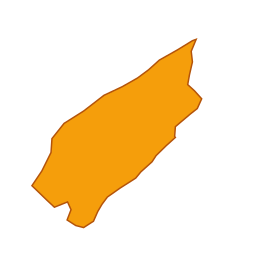 Trelleborg, Skåne, Sweden (Equal Earth projection), rotated 138°
{"feature_id": "70781695B21975001691252", "entity_name": "Trelleborg", "entity_type": "district", "adm_level": 2, "iso_a3": "SWE", "parent_name": "Sweden", "parent_adm1": "Skåne", "projection": "equal_earth", "projection_center": [13.27, 55.427], "detail": "fine", "context": "isolated", "style": "filled", "palette": "amber", "viewbox_px": 256, "rotation_deg": 138, "n_neighbors": 0, "source": "geoboundaries", "source_scale": "gbopen_adm2", "svg_char_len": 663}
<svg xmlns="http://www.w3.org/2000/svg" viewBox="0 0 256 256"><g transform="rotate(138 128 128)"><path d="M18.0,148.3L21.8,149.8L39.1,153.0L59.2,157.5L73.8,157.5L87.5,158.8L104.8,162.6L124.0,168.4L149.6,170.3L172.4,174.2L191.6,171.0L201.6,161.3L220.8,153.7L238.0,149.4L236.6,129.0L235.7,118.4L222.4,113.5L225.0,105.4L234.8,100.4L232.1,90.5L227.6,83.7L218.3,82.2L216.1,81.8L206.3,86.2L198.4,88.7L189.5,90.5L174.4,88.7L155.8,85.6L147.8,86.8L132.7,86.8L125.6,88.7L111.4,89.3L99.1,89.3L99.0,90.5L91.9,97.3L72.4,96.7L63.5,96.1L53.7,100.4L53.7,111.0L54.6,120.3L46.6,126.5L35.9,134.0L29.7,142.7L18.0,148.3Z" fill="#f59e0b" stroke="#b45309" stroke-width="1.5"/></g></svg>